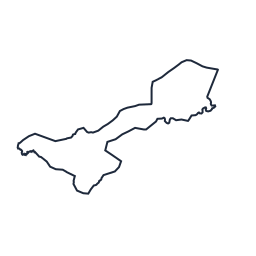 Anambra East, Anambra, Nigeria (orthographic projection), rotated 62°
{"feature_id": "59680162B18196869714953", "entity_name": "Anambra East", "entity_type": "district", "adm_level": 2, "iso_a3": "NGA", "parent_name": "Nigeria", "parent_adm1": "Anambra", "projection": "orthographic", "projection_center": [6.879, 6.476], "detail": "fine", "context": "isolated", "style": "outline", "palette": "slate", "viewbox_px": 256, "rotation_deg": 62, "n_neighbors": 0, "source": "geoboundaries", "source_scale": "gbopen_adm2", "svg_char_len": 2417}
<svg xmlns="http://www.w3.org/2000/svg" viewBox="0 0 256 256"><g transform="rotate(62 128 128)"><path d="M98.8,84.5L103.6,88.3L117.1,95.5L117.8,96.2L117.8,96.4L112.6,107.3L112.0,111.4L109.8,118.9L109.2,123.0L109.2,127.2L112.7,132.5L114.1,137.9L115.0,144.0L115.2,149.2L116.4,155.5L115.6,161.1L114.4,162.5L113.6,164.9L112.3,166.0L107.0,167.2L105.8,172.8L107.5,176.3L108.5,177.4L108.2,178.3L108.0,179.7L109.1,180.9L109.7,182.8L109.2,184.4L108.5,186.7L108.6,187.6L105.5,198.3L89.4,212.8L88.7,219.3L89.4,226.3L90.4,230.3L90.1,231.8L90.9,232.3L91.5,233.2L92.6,233.9L93.5,234.6L94.6,234.7L95.1,233.6L95.6,233.5L96.2,233.2L96.7,233.2L96.9,232.7L97.8,232.4L98.7,232.3L99.3,232.8L99.8,233.4L100.8,233.7L101.3,233.8L101.8,233.8L102.3,233.5L102.3,232.9L102.0,231.9L103.2,231.7L103.2,231.4L103.5,231.2L103.8,231.0L103.7,230.9L103.7,230.1L103.0,230.0L103.2,229.2L103.2,228.7L102.2,228.3L102.5,227.9L102.3,227.7L102.8,227.4L102.6,227.0L102.5,226.2L102.6,225.6L102.9,225.1L103.1,225.0L102.9,224.6L103.3,224.3L103.8,224.1L103.3,223.2L103.4,222.0L105.5,222.0L105.5,221.4L110.1,220.2L111.5,219.9L112.8,218.4L119.5,215.5L125.6,214.9L130.5,211.1L133.0,207.1L134.2,205.2L137.7,203.0L138.1,202.9L145.5,197.5L146.4,198.4L149.2,200.9L150.3,201.2L151.8,202.4L159.3,202.4L164.6,198.1L167.3,193.9L164.7,189.6L162.7,185.2L163.0,184.3L163.3,182.6L162.8,181.5L162.4,179.4L161.2,178.2L161.3,177.5L161.1,177.3L161.1,177.2L161.2,176.8L161.1,176.5L161.1,176.4L161.0,176.0L160.7,175.6L159.8,174.9L158.1,171.7L160.2,160.0L158.3,154.3L154.1,149.7L144.4,154.7L137.1,158.6L130.6,152.7L132.1,144.2L130.9,136.0L131.2,129.3L131.2,124.4L131.2,121.7L136.9,114.5L137.0,114.2L137.8,112.7L135.4,100.2L133.7,97.7L135.6,93.6L135.7,91.5L136.4,91.1L137.5,91.2L139.2,92.2L141.6,91.5L142.8,90.5L142.7,89.1L140.1,87.0L139.5,85.6L140.5,83.8L143.7,81.9L145.6,76.8L149.9,71.7L149.5,70.7L146.8,66.0L148.4,62.3L148.3,60.8L147.6,59.1L147.6,58.1L148.6,57.9L149.7,56.3L149.2,54.8L147.8,54.1L146.5,53.6L146.0,52.5L146.0,50.2L146.4,49.6L147.3,49.7L148.4,50.8L149.7,50.9L151.0,49.4L151.5,47.0L150.7,44.9L150.2,44.6L150.4,42.5L149.9,40.8L148.8,40.6L148.1,42.3L147.4,43.6L146.2,43.7L145.4,43.5L144.8,42.9L144.0,42.5L142.5,42.3L140.9,42.4L138.7,43.6L137.5,43.3L118.8,21.3L118.4,21.4L115.8,24.8L111.6,30.2L108.5,33.3L103.0,37.0L98.0,40.7L95.6,44.4L95.1,49.8L95.8,53.5L96.6,58.7L96.7,59.4L97.5,66.2L99.0,74.2L99.0,81.1L98.8,84.5Z" fill="none" stroke="#1e293b" stroke-width="2"/></g></svg>